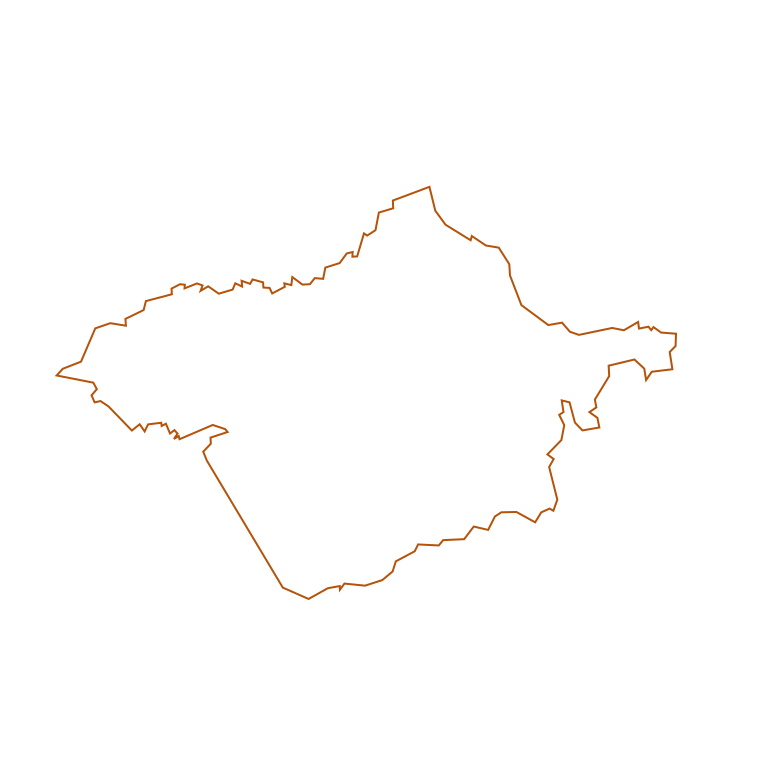 the district of Bagamoyo, Pwani, United Republic of Tanzania, rotated 329°
{"feature_id": "72390352B29680200356010", "entity_name": "Bagamoyo", "entity_type": "district", "adm_level": 2, "iso_a3": "TZA", "parent_name": "United Republic of Tanzania", "parent_adm1": "Pwani", "projection": "mercator", "projection_center": [38.556, -6.309], "detail": "medium", "context": "isolated", "style": "outline", "palette": "amber", "viewbox_px": 768, "rotation_deg": 329, "n_neighbors": 0, "source": "geoboundaries", "source_scale": "gbopen_adm2", "svg_char_len": 1954}
<svg xmlns="http://www.w3.org/2000/svg" viewBox="0 0 768 768"><g transform="rotate(329 384 384)"><path d="M660.2,491.3L648.0,482.6L644.3,474.0L640.8,475.5L640.2,471.1L631.1,467.8L633.8,461.7L617.3,461.5L608.5,453.5L576.4,442.3L570.3,435.0L568.2,423.1L555.2,418.1L542.4,387.2L547.9,355.8L553.1,345.9L552.6,326.2L542.7,317.8L535.5,302.4L532.3,305.4L518.8,279.2L517.2,261.9L524.5,238.4L486.1,231.3L482.4,238.1L467.9,234.4L455.9,247.8L446.0,248.1L444.4,244.6L426.7,260.8L422.5,258.6L425.1,254.7L419.3,252.9L408.3,257.5L393.7,254.0L386.0,262.5L379.2,257.6L371.9,260.3L365.3,256.8L360.5,245.1L355.5,251.5L350.4,246.4L349.0,249.6L334.8,248.8L335.4,242.7L330.3,239.2L332.7,234.6L325.2,226.7L320.8,229.2L315.1,222.2L312.6,227.4L308.4,221.1L302.9,225.1L288.9,221.5L283.6,209.7L274.8,209.7L279.2,206.1L275.5,201.5L262.3,199.3L264.4,196.3L260.5,193.4L251.0,192.8L248.4,197.8L222.6,190.3L216.1,196.8L195.9,195.0L192.8,201.1L180.7,190.9L165.2,187.6L135.8,208.8L116.5,205.5L107.8,208.1L135.5,233.1L135.2,240.5L127.5,243.1L126.5,250.7L132.2,252.6L136.3,261.3L143.9,294.0L153.8,292.7L154.4,301.4L161.0,297.1L173.1,302.5L171.8,305.5L176.6,305.7L175.1,316.2L180.6,315.6L181.5,320.2L175.6,322.9L181.2,322.9L180.3,326.0L216.1,330.9L224.6,340.8L225.2,344.6L207.7,340.6L204.8,346.0L194.2,348.9L192.7,358.3L192.4,506.4L208.6,529.4L230.6,530.1L242.0,534.4L240.3,537.6L247.3,534.7L263.9,547.1L281.6,551.2L294.9,549.1L302.8,542.1L324.2,543.2L330.6,539.1L347.8,550.6L354.3,548.3L372.8,558.3L387.5,552.4L398.1,562.7L410.8,554.7L418.5,554.4L431.6,561.9L442.3,580.4L452.7,575.0L461.8,576.1L463.9,579.9L473.0,572.4L482.8,540.2L490.8,535.7L487.8,528.5L507.2,523.4L517.3,512.1L518.3,500.7L523.4,500.5L527.9,489.6L533.6,495.3L527.8,515.4L530.2,526.0L546.2,532.2L549.5,522.9L545.6,513.9L554.0,513.4L556.7,506.0L581.1,493.2L586.0,484.0L611.3,492.0L615.0,504.9L610.7,515.6L619.8,511.4L638.8,519.9L645.4,503.7L653.5,501.6L660.2,491.3Z" fill="none" stroke="#b45309" stroke-width="2"/></g></svg>